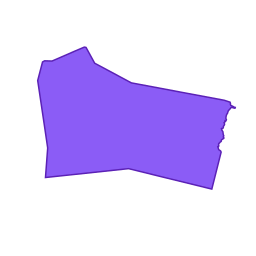 the district of Niefang, Centro Sur, Equatorial Guinea, rotated 104°
{"feature_id": "11065452B28626668585382", "entity_name": "Niefang", "entity_type": "district", "adm_level": 2, "iso_a3": "GNQ", "parent_name": "Equatorial Guinea", "parent_adm1": "Centro Sur", "projection": "albers", "projection_center": [10.119, 1.88], "detail": "fine", "context": "isolated", "style": "filled", "palette": "violet", "viewbox_px": 256, "rotation_deg": 104, "n_neighbors": 0, "source": "geoboundaries", "source_scale": "gbopen_adm2", "svg_char_len": 1482}
<svg xmlns="http://www.w3.org/2000/svg" viewBox="0 0 256 256"><g transform="rotate(104 128 128)"><path d="M196.0,196.1L167.3,117.6L167.2,84.2L167.0,31.9L128.9,31.8L128.2,32.3L127.8,32.7L127.7,33.0L127.5,33.5L127.4,33.9L127.3,34.1L127.0,34.7L126.7,35.0L126.0,35.4L125.5,35.5L125.1,35.9L124.7,36.2L124.4,36.4L124.1,36.2L124.0,35.8L123.5,35.5L123.1,35.7L122.5,36.0L121.3,36.2L120.8,36.0L120.5,35.6L119.9,35.4L119.2,35.0L118.6,34.4L118.1,34.3L117.5,34.5L116.9,34.4L116.1,33.7L115.8,33.3L115.2,33.1L115.0,32.7L114.5,32.5L114.0,33.0L113.6,33.4L113.1,33.3L112.4,33.2L112.0,33.4L111.5,33.9L108.7,35.0L108.3,35.4L107.7,36.0L107.4,36.5L106.8,36.8L106.4,36.8L106.0,37.2L105.7,37.0L105.7,36.6L105.6,36.1L105.2,35.8L104.5,35.6L103.9,35.8L103.3,35.8L102.7,35.6L102.2,35.4L101.6,35.2L101.1,35.2L100.6,35.4L99.6,36.0L99.4,35.7L98.7,35.6L98.2,35.6L98.3,35.5L98.3,35.2L98.0,34.9L97.7,35.0L97.3,35.0L97.1,34.8L96.8,34.6L96.4,34.5L95.9,34.6L95.4,35.2L94.3,35.5L93.4,35.6L92.5,35.6L91.6,35.6L90.6,35.4L89.7,35.0L88.5,35.0L86.9,34.8L85.7,34.1L84.6,33.5L83.7,33.2L83.1,32.6L82.9,31.8L83.0,30.8L83.0,29.8L82.9,29.0L82.4,28.9L82.1,28.9L82.1,29.2L82.1,30.0L81.9,30.7L81.7,31.2L81.4,32.5L81.2,33.2L81.2,33.8L80.1,34.5L79.4,34.5L79.0,34.7L78.6,35.0L78.2,35.3L78.2,35.8L77.8,41.3L80.5,86.3L80.5,86.5L83.4,135.7L73.2,176.0L60.0,188.2L60.0,189.3L60.1,190.0L66.2,198.1L81.4,217.9L83.0,225.2L84.6,226.9L103.8,227.1L146.6,209.4L166.8,201.1L196.0,196.1Z" fill="#8b5cf6" stroke="#5b21b6" stroke-width="1.5"/></g></svg>